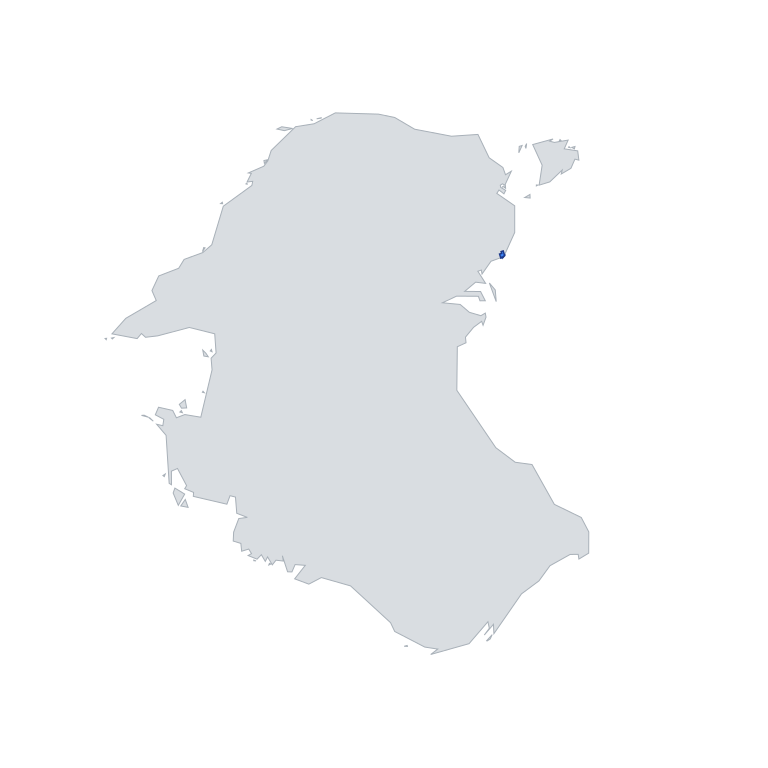 location of Robe, South Australia, Australia, rotated 253°
{"feature_id": "25037944B13028513234480", "entity_name": "Robe", "entity_type": "district", "adm_level": 2, "iso_a3": "AUS", "parent_name": "Australia", "parent_adm1": "South Australia", "projection": "orthographic", "projection_center": [139.804, -37.186], "detail": "fine", "context": "in_parent", "style": "filled", "palette": "blue", "viewbox_px": 768, "rotation_deg": 253, "n_neighbors": 0, "source": "geoboundaries", "source_scale": "gbopen_adm2", "svg_char_len": 4515}
<svg xmlns="http://www.w3.org/2000/svg" viewBox="0 0 768 768"><g transform="rotate(253 384 384)"><path d="M522.3,156.3L530.4,190.6L541.2,189.4L553.2,200.2L554.7,221.5L561.6,229.3L562.7,249.3L567.5,260.0L601.0,282.3L612.5,315.7L616.2,317.7L617.2,312.1L624.2,318.7L625.5,316.0L627.4,332.7L631.3,338.1L640.3,344.4L655.9,374.7L653.3,393.2L657.5,416.7L643.7,457.6L635.7,472.2L618.7,487.8L601.2,521.0L595.2,546.8L569.6,550.7L556.3,561.0L548.6,561.4L550.3,568.0L538.9,557.8L540.8,555.7L540.1,553.3L537.9,553.1L533.6,557.0L530.8,554.3L535.9,550.7L533.3,547.6L516.2,561.1L490.7,553.3L470.8,535.8L470.1,522.2L460.5,509.9L464.5,510.4L464.4,506.7L450.5,510.6L454.6,501.4L449.0,488.2L444.2,503.4L434.0,505.2L435.5,500.1L440.3,499.9L446.8,479.1L444.6,463.6L437.8,480.1L427.6,486.6L421.0,496.6L422.2,501.6L418.1,501.1L411.2,495.9L415.4,495.7L412.0,486.2L405.0,475.6L399.5,474.5L398.2,465.0L356.7,451.8L290.4,472.3L270.8,486.6L263.7,502.0L219.1,511.7L198.7,533.6L182.7,536.6L162.4,530.3L159.6,519.2L164.3,519.9L166.6,512.2L161.7,489.6L150.4,474.6L143.1,454.1L113.1,416.1L122.2,418.4L114.6,406.5L119.6,413.3L126.3,413.9L110.8,389.4L111.7,349.6L114.8,357.9L120.5,346.1L144.2,321.9L153.8,320.5L200.7,293.0L217.2,267.5L214.6,253.6L223.8,241.6L233.6,255.7L237.3,246.2L231.2,241.0L232.6,236.9L249.5,236.6L244.1,236.0L247.1,229.2L243.7,224.3L252.7,222.1L249.1,218.6L256.6,216.8L253.6,211.4L259.7,203.9L260.5,207.7L265.7,206.4L265.7,199.0L273.4,200.5L277.9,193.9L286.3,196.9L297.8,205.8L296.4,214.3L303.4,205.4L319.3,208.9L322.2,204.1L315.0,198.6L332.3,168.8L336.0,170.2L342.1,162.8L344.5,165.5L363.6,161.8L362.8,155.2L349.8,151.3L351.8,149.5L398.6,160.6L412.0,154.8L408.8,160.3L414.6,163.1L421.4,156.3L427.7,161.6L420.5,174.2L412.4,175.6L413.0,184.6L405.8,199.1L447.8,223.7L459.2,226.2L462.8,232.5L481.5,236.8L495.0,214.3L496.2,181.7L498.4,169.6L503.2,166.8L499.6,161.2L511.5,138.5L522.3,156.3ZM528.8,590.5L547.0,599.2L569.5,596.2L568.9,617.3L567.8,613.4L565.2,617.6L563.4,631.4L556.2,625.1L550.3,637.4L541.1,635.8L543.2,632.3L535.6,625.8L533.0,614.9L536.5,617.0L528.8,601.6L528.8,590.5ZM328.1,151.8L341.4,150.5L345.6,153.6L337.0,161.2L328.1,151.8ZM430.0,515.4L449.8,514.3L441.4,517.9L430.0,515.4ZM424.4,182.3L427.2,189.2L418.8,188.3L420.1,183.3L424.4,182.3ZM655.1,371.3L655.4,362.8L659.1,356.2L659.9,361.4L655.1,371.3ZM565.7,580.5L571.7,582.8L571.7,585.8L565.7,580.5ZM326.8,154.0L331.7,160.2L323.3,160.6L326.8,154.0ZM522.6,579.0L519.1,578.1L521.2,573.1L522.6,579.0ZM469.4,220.6L465.4,222.7L461.4,223.9L463.4,219.9L469.4,220.6ZM112.7,414.2L109.1,411.0L108.1,407.4L108.5,407.1L112.7,414.2ZM570.0,588.5L572.2,590.7L567.8,588.6L570.0,588.5ZM629.9,334.1L632.8,334.5L632.5,338.2L629.9,334.1ZM563.7,249.1L567.2,251.5L566.5,252.7L563.7,249.1ZM555.4,632.7L555.3,636.1L553.2,634.8L555.4,632.7ZM657.3,397.1L657.0,401.8L656.6,401.6L657.3,397.1ZM361.9,148.5L359.7,146.8L361.1,145.8L361.9,148.5ZM424.3,145.5L421.1,149.0L424.9,142.9L424.3,145.5ZM658.3,391.6L656.8,392.9L657.8,391.4L658.3,391.6ZM430.0,208.8L428.2,209.6L429.2,207.9L430.0,208.8ZM417.8,182.4L415.5,182.8L416.9,180.6L417.8,182.4ZM127.3,326.6L127.2,329.7L126.2,329.7L127.3,326.6ZM507.6,136.8L507.4,139.2L506.5,137.4L507.6,136.8ZM537.8,554.4L538.2,556.0L537.6,555.5L537.8,554.4ZM420.3,150.0L415.9,152.5L420.4,149.4L420.3,150.0ZM253.7,208.0L252.2,209.9L253.1,207.8L253.7,208.0ZM556.9,630.3L555.7,630.9L556.4,629.7L556.9,630.3ZM467.5,229.0L465.1,229.0L466.4,227.5L467.5,229.0ZM246.0,222.0L244.9,223.1L244.6,220.9L246.0,222.0ZM566.3,623.8L564.6,624.7L565.3,622.8L566.3,623.8ZM509.1,130.6L508.8,132.1L507.6,131.3L509.1,130.6ZM536.8,556.5L538.3,558.1L535.6,557.5L536.8,556.5ZM605.1,282.5L603.6,282.4L604.3,280.5L605.1,282.5ZM615.9,311.6L615.1,311.6L615.8,310.1L615.9,311.6ZM529.8,587.9L529.3,589.2L528.9,587.6L529.8,587.9Z" fill="#d9dde1" stroke="#a8b0b8" stroke-width="1"/><path d="M470.2,532.5L470.2,532.8L470.2,533.0L470.3,533.0L470.5,533.1L470.6,533.3L470.8,533.5L470.9,533.8L470.9,534.0L470.9,534.3L470.7,534.5L470.4,534.5L470.4,534.4L470.2,534.4L470.3,534.4L470.3,534.5L470.2,534.5L470.3,534.6L470.2,534.7L470.2,534.8L470.3,534.8L470.4,535.0L470.5,535.0L470.6,535.3L470.7,535.5L470.8,535.6L470.7,535.6L470.8,535.6L470.8,535.8L470.9,536.0L471.0,536.0L471.1,536.3L471.2,536.5L471.3,536.5L471.4,536.8L471.5,536.8L471.5,537.0L471.5,536.9L471.6,537.0L471.8,537.2L471.9,536.9L472.0,536.9L474.2,536.9L476.4,536.9L476.4,536.1L476.4,535.9L476.4,534.7L474.5,534.7L474.5,534.2L474.5,533.1L474.5,532.8L474.5,532.5L472.2,532.5L470.2,532.5Z" fill="#3b82f6" stroke="#1e3a8a" stroke-width="1.5"/></g></svg>